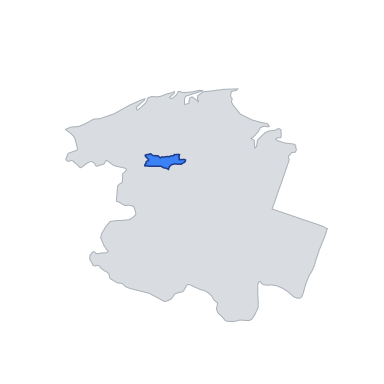 location of Douya-Onoyè, Ngounié, Gabon, rotated 109°
{"feature_id": "22940354B97081518304262", "entity_name": "Douya-Onoyè", "entity_type": "district", "adm_level": 2, "iso_a3": "GAB", "parent_name": "Gabon", "parent_adm1": "Ngounié", "projection": "natural_earth1", "projection_center": [11.048, -1.613], "detail": "fine", "context": "in_parent", "style": "filled", "palette": "blue", "viewbox_px": 384, "rotation_deg": 109, "n_neighbors": 0, "source": "geoboundaries", "source_scale": "gbopen_adm2", "svg_char_len": 5456}
<svg xmlns="http://www.w3.org/2000/svg" viewBox="0 0 384 384"><g transform="rotate(109 192 192)"><path d="M258.2,58.3L258.0,61.5L254.9,69.2L253.5,75.1L253.1,81.5L254.0,86.6L255.5,90.2L256.4,94.1L255.7,96.9L254.2,98.1L255.2,99.5L257.5,99.8L261.3,98.6L267.2,96.5L274.9,93.4L279.9,91.8L288.3,92.8L292.7,94.0L295.0,96.1L297.5,105.2L298.7,106.6L300.8,110.4L302.4,115.1L302.8,117.4L302.6,119.1L300.9,121.6L299.0,125.3L298.3,127.6L296.7,129.2L294.7,130.8L289.1,131.5L288.3,132.5L286.7,136.4L283.8,139.7L282.4,142.9L281.2,147.1L281.5,152.3L280.9,159.8L280.3,164.8L281.8,166.6L288.4,167.8L289.7,168.8L291.5,172.0L293.8,174.9L299.9,176.8L302.2,179.0L304.2,181.5L304.4,183.5L303.0,191.6L301.7,199.4L302.2,205.4L302.7,211.0L303.4,219.3L303.1,224.3L301.4,227.4L301.4,229.8L302.2,232.7L300.6,240.8L299.7,242.1L296.9,243.6L295.5,245.8L295.0,249.2L293.5,253.8L292.0,255.5L292.0,257.7L293.5,259.2L293.5,261.7L290.7,264.5L289.1,266.7L285.4,267.8L281.3,266.7L280.3,265.1L281.3,262.6L281.0,260.6L279.5,258.5L277.3,253.1L275.3,251.9L274.2,254.1L270.9,258.2L264.9,263.5L260.7,263.9L253.0,262.3L246.5,259.8L243.4,253.6L241.5,248.6L238.8,242.6L235.6,239.8L232.3,238.0L230.9,237.9L226.1,241.2L224.7,242.5L224.7,245.3L225.1,247.8L225.9,249.1L226.5,250.7L226.4,253.3L225.5,256.8L225.2,260.6L210.4,264.3L207.8,262.9L205.9,261.2L203.7,261.5L197.2,263.5L194.9,262.1L192.5,261.1L191.4,262.0L191.3,263.6L192.4,272.5L192.1,275.9L190.6,280.4L189.9,283.4L193.8,284.2L195.3,285.6L196.6,287.9L198.5,290.0L198.7,291.2L196.5,293.6L195.8,296.4L196.8,298.7L199.5,301.0L203.4,303.5L205.3,305.1L205.1,306.5L203.3,309.6L202.6,312.3L201.4,314.7L201.6,316.8L203.4,318.9L203.2,320.7L202.0,322.1L199.6,321.8L197.5,322.0L195.6,321.4L189.8,314.4L188.6,314.2L180.2,319.6L178.1,321.8L176.4,325.0L174.0,332.0L170.2,327.9L166.9,320.5L163.1,316.0L155.0,308.6L152.8,303.2L143.6,291.3L130.3,279.4L120.7,269.1L119.2,266.8L120.9,267.0L130.1,272.2L131.4,271.6L132.5,270.5L128.5,267.8L124.6,265.6L121.1,264.3L117.5,264.4L115.5,262.2L114.1,258.9L113.5,256.1L111.9,253.1L106.8,246.9L105.6,244.6L102.8,241.3L104.5,240.9L109.9,244.0L110.4,242.8L109.9,241.0L104.5,238.0L101.5,237.8L100.8,235.8L101.2,233.4L97.3,224.4L93.2,217.7L92.6,214.6L103.5,229.1L105.0,229.4L107.0,229.3L111.5,227.6L110.6,225.7L108.6,223.6L106.6,224.6L104.0,224.7L102.7,223.9L102.0,222.4L104.6,215.3L103.5,215.7L102.7,216.9L101.3,217.5L99.1,217.9L93.7,214.1L88.9,203.9L87.6,201.8L86.3,198.3L85.1,196.8L79.6,182.3L81.7,183.3L84.2,187.6L89.0,186.7L90.9,184.2L92.6,184.3L94.3,183.8L96.4,181.5L102.7,171.5L104.3,158.3L103.8,150.4L102.9,142.7L104.9,140.2L105.8,141.8L106.2,144.6L107.1,146.6L109.4,148.5L113.5,149.0L119.9,151.8L122.1,153.7L122.8,150.0L130.1,146.9L127.9,145.8L121.4,147.0L112.4,142.3L109.4,139.4L106.7,133.7L103.8,130.8L104.0,128.2L110.4,125.7L112.1,126.0L112.8,128.9L114.5,130.1L115.2,129.7L115.5,127.2L115.5,120.6L113.5,111.0L114.1,109.2L115.9,108.5L117.5,107.3L118.6,107.0L120.7,107.3L121.8,109.5L122.4,110.7L124.6,111.3L126.4,112.4L128.0,112.1L129.3,110.7L131.2,110.5L137.0,110.5L142.3,110.5L152.9,110.5L163.5,110.6L174.1,110.6L182.0,110.7L182.0,105.2L181.9,96.8L181.9,86.9L181.9,77.3L181.8,68.5L181.8,58.1L182.2,55.1L182.7,53.8L182.5,52.1L190.7,52.0L205.5,52.8L212.0,52.7L213.8,52.8L221.9,52.3L228.5,53.0L231.3,53.7L233.8,54.1L241.6,54.5L251.9,53.9L255.4,54.1L257.3,55.5L258.2,58.3Z" fill="#d9dde1" stroke="#a8b0b8" stroke-width="1"/><path d="M178.3,221.6L177.4,221.7L176.4,221.6L176.0,221.7L175.5,221.6L174.8,221.3L174.2,221.0L173.6,220.7L172.9,220.2L172.4,219.6L172.0,219.0L171.7,218.6L171.2,217.6L170.8,216.9L170.6,216.0L170.5,215.2L170.3,214.4L170.1,213.8L169.9,213.4L169.6,213.1L169.5,212.4L169.4,211.6L169.1,211.0L168.9,210.9L168.5,210.7L168.1,210.5L167.7,210.1L167.2,209.6L166.7,209.0L166.3,208.8L165.8,208.5L165.2,208.4L164.5,208.4L163.9,208.5L163.7,208.9L163.7,209.5L163.8,210.0L164.0,210.6L164.3,211.3L164.6,212.0L165.0,213.0L165.2,213.6L165.5,214.0L165.6,214.5L165.2,214.9L164.5,215.0L163.8,215.1L163.5,215.3L163.2,215.8L162.9,216.0L162.5,216.1L162.3,216.0L161.9,215.8L161.3,215.8L160.8,215.9L160.7,216.4L160.8,217.0L161.0,217.5L161.6,218.8L162.1,220.0L162.4,221.0L162.8,221.1L163.2,221.1L163.5,221.2L163.7,221.3L164.0,221.6L164.1,222.1L164.3,222.8L164.4,223.2L164.7,223.6L165.1,224.0L165.3,224.3L165.7,224.6L165.9,224.8L166.1,225.3L166.2,225.8L166.3,226.4L166.5,226.8L166.7,227.3L166.9,227.7L167.2,228.3L167.5,228.8L167.9,229.7L168.3,230.4L168.5,231.2L168.7,231.9L168.8,232.2L169.2,232.4L169.5,232.5L169.8,232.7L169.9,233.1L169.8,233.6L169.7,234.0L169.6,234.4L169.3,234.9L169.1,235.2L168.9,235.6L168.8,236.0L169.2,236.3L169.4,236.6L169.4,237.1L169.3,237.5L169.3,238.0L169.6,238.6L169.9,239.2L170.1,240.2L170.2,241.1L170.0,241.8L169.6,242.6L169.4,243.2L169.3,243.6L169.5,244.0L170.2,244.8L170.5,245.0L170.7,245.3L170.9,245.9L171.1,246.5L171.5,247.1L172.4,248.2L173.1,247.9L173.5,247.6L173.7,247.1L173.9,246.5L174.2,246.1L174.5,245.7L174.7,245.2L175.0,244.5L175.3,243.9L175.5,243.5L176.0,243.4L176.5,243.5L177.0,243.9L177.4,244.5L177.8,244.9L178.2,245.1L178.8,245.2L179.2,245.0L179.9,244.8L180.4,245.0L180.9,245.3L181.3,245.4L182.2,245.4L182.4,245.1L182.7,244.9L182.5,244.6L182.3,244.2L182.2,243.7L182.0,243.1L181.9,242.6L181.8,242.0L181.6,241.3L181.5,240.6L180.9,239.0L180.2,236.8L178.9,233.2L178.6,232.2L178.4,231.5L178.0,230.6L177.8,230.0L177.8,229.4L177.9,228.8L178.1,228.2L178.2,227.6L178.3,226.9L178.3,226.0L178.1,225.2L178.0,224.1L178.0,222.9L178.3,221.6Z" fill="#3b82f6" stroke="#1e3a8a" stroke-width="1.5"/></g></svg>